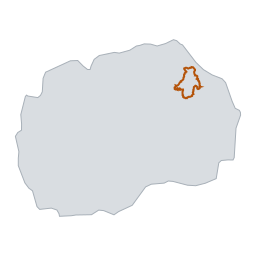 Kochani, Kočani, North Macedonia (highlighted)
{"feature_id": "65306769B7034673009325", "entity_name": "Kochani", "entity_type": "district", "adm_level": 2, "iso_a3": "MKD", "parent_name": "North Macedonia", "parent_adm1": "Kočani", "projection": "orthographic", "projection_center": [22.415, 41.994], "detail": "fine", "context": "in_parent", "style": "outline", "palette": "amber", "viewbox_px": 256, "rotation_deg": 0, "n_neighbors": 0, "source": "geoboundaries", "source_scale": "gbopen_adm2", "svg_char_len": 2353}
<svg xmlns="http://www.w3.org/2000/svg" viewBox="0 0 256 256"><path d="M114.4,52.4L119.3,53.1L129.8,50.2L136.4,46.0L139.8,45.4L144.2,43.9L150.6,44.1L157.1,46.0L165.4,43.6L173.5,39.7L176.7,40.7L180.2,44.0L182.5,44.9L196.0,62.5L203.4,69.6L212.1,74.9L222.1,78.8L225.6,82.6L232.1,101.2L235.2,108.3L239.4,110.4L240.4,112.4L240.6,115.1L236.0,128.2L234.2,157.6L233.0,160.0L228.0,159.9L221.3,160.5L218.8,162.8L216.2,178.6L205.4,183.2L195.7,185.7L187.5,185.2L173.0,181.4L168.3,181.0L164.2,183.1L151.3,184.2L145.6,186.9L132.2,205.3L118.6,211.6L114.0,214.8L103.7,210.6L98.7,210.1L91.5,214.7L75.8,215.0L71.6,215.7L59.5,216.3L59.0,213.7L56.9,210.0L51.3,208.1L39.7,209.4L37.0,206.6L32.5,190.8L28.9,188.2L24.9,182.9L18.3,165.7L18.3,158.2L18.9,151.7L15.4,136.3L17.8,132.5L21.5,130.2L21.6,124.0L20.8,114.6L25.4,96.4L26.6,95.1L27.7,96.0L37.8,97.6L40.5,95.4L42.3,91.8L43.1,78.3L45.6,72.2L70.4,60.8L77.7,60.5L83.1,66.0L87.5,69.5L90.1,69.5L91.1,66.0L94.2,59.3L99.3,55.5L114.3,52.4L114.4,52.4Z" fill="#d9dde1" stroke="#a8b0b8" stroke-width="1"/><path d="M200.5,86.8L200.1,86.7L200.2,86.4L199.9,86.2L199.7,85.7L199.9,85.4L199.5,84.5L199.7,83.3L199.4,83.1L199.1,81.9L199.2,81.4L198.8,80.9L198.2,80.7L198.1,79.4L197.7,79.6L196.8,79.0L197.2,78.7L197.3,76.2L196.7,75.7L195.3,75.5L195.5,75.2L194.6,74.3L194.4,73.6L194.1,72.0L194.4,71.2L195.0,70.5L195.0,69.6L193.1,67.3L191.9,67.1L192.0,67.4L190.6,67.9L189.7,67.8L188.6,68.5L187.9,68.5L187.0,67.9L185.9,67.7L184.2,68.4L184.3,69.2L186.3,71.7L185.9,71.9L185.8,72.2L185.6,72.1L185.6,72.4L184.7,73.2L184.6,74.2L184.1,74.5L184.0,75.1L184.2,76.3L184.0,77.0L183.5,77.4L183.4,79.1L182.5,80.2L180.7,81.2L180.6,81.7L180.8,81.9L179.7,82.5L179.2,83.7L178.1,85.1L176.8,85.8L175.7,85.4L175.9,86.2L175.8,86.7L175.2,87.0L175.3,87.4L174.6,87.6L174.7,89.0L175.5,89.5L176.4,89.4L177.1,89.7L176.9,89.0L177.7,88.2L179.0,89.7L179.6,89.8L179.6,89.0L179.9,88.5L180.6,89.2L180.5,89.6L183.0,89.5L183.1,90.2L182.5,91.8L182.6,95.2L183.1,95.3L183.1,96.9L183.9,97.2L184.1,97.6L184.6,97.5L185.4,98.2L186.3,98.1L187.0,97.6L187.2,97.9L187.8,97.3L188.9,96.7L189.8,96.9L192.0,96.0L191.9,95.6L192.3,94.8L193.2,94.3L192.9,94.0L193.3,93.2L192.8,92.3L193.5,91.0L193.2,90.1L193.6,89.8L193.9,87.0L195.1,86.3L195.1,86.0L195.4,85.7L196.1,85.9L197.1,86.8L197.3,88.6L198.0,89.1L198.7,88.9L199.6,88.3L199.4,87.1L200.5,86.8Z" fill="none" stroke="#b45309" stroke-width="2"/></svg>